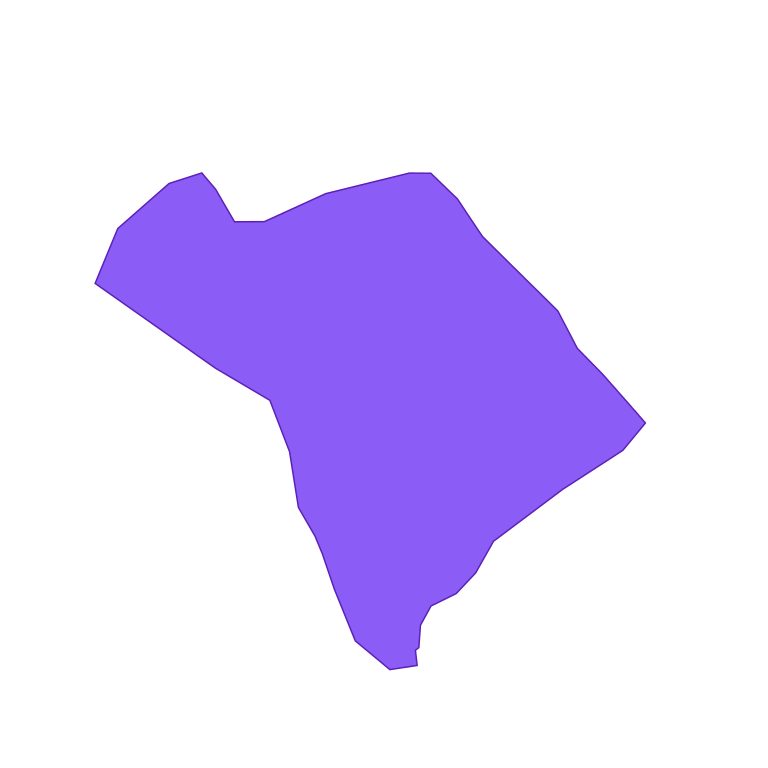 outline of Abyei, South Kordufan, Sudan, rotated 156°
{"feature_id": "16777658B55499418827559", "entity_name": "Abyei", "entity_type": "district", "adm_level": 2, "iso_a3": "SDN", "parent_name": "Sudan", "parent_adm1": "South Kordufan", "projection": "robinson", "projection_center": [27.441, 10.846], "detail": "fine", "context": "isolated", "style": "filled", "palette": "violet", "viewbox_px": 768, "rotation_deg": 156, "n_neighbors": 0, "source": "geoboundaries", "source_scale": "gbopen_adm2", "svg_char_len": 2379}
<svg xmlns="http://www.w3.org/2000/svg" viewBox="0 0 768 768"><g transform="rotate(156 384 384)"><path d="M164.1,252.2L164.8,254.4L164.9,254.7L165.6,257.0L166.1,258.5L167.1,261.7L167.1,261.8L169.1,268.3L169.8,270.6L170.3,271.9L170.5,272.8L170.6,273.2L170.9,274.1L171.0,274.3L171.2,275.0L171.7,276.6L171.8,277.0L172.2,278.1L172.8,280.0L173.6,282.6L173.9,283.7L174.5,285.6L175.4,288.5L175.8,289.6L176.2,290.9L176.4,291.6L176.5,291.8L176.9,293.2L177.0,293.6L177.7,295.6L177.8,296.2L178.2,297.3L178.7,299.0L179.5,301.5L179.8,302.4L179.9,302.7L180.1,303.3L180.2,303.7L180.3,303.9L180.7,305.1L180.8,305.5L181.2,306.4L182.0,308.6L182.1,308.9L182.3,309.4L182.8,310.6L182.9,310.9L183.1,311.6L183.5,312.6L184.1,314.2L184.6,315.5L185.5,317.9L186.6,321.1L186.8,321.4L188.1,325.0L188.8,327.0L189.0,327.3L190.3,330.9L190.8,332.3L191.3,333.6L192.9,337.9L192.9,338.1L193.3,344.2L193.5,347.7L193.7,351.9L193.8,353.3L194.0,356.1L194.5,363.9L194.6,365.4L194.9,370.3L195.3,376.8L195.5,380.0L195.9,381.0L202.0,396.8L212.1,422.4L212.4,423.2L213.5,426.1L218.3,438.3L234.0,478.6L235.3,485.8L236.1,490.6L236.6,493.5L237.0,495.8L237.5,498.6L239.0,507.3L239.2,508.7L239.3,509.3L240.7,517.6L241.4,521.8L241.6,522.7L241.7,523.5L242.1,524.4L242.7,525.8L242.9,526.4L243.3,527.3L243.6,528.0L243.9,528.7L244.0,529.0L244.2,529.4L244.3,529.8L244.5,530.3L244.8,531.0L245.3,532.2L245.4,532.5L245.6,532.9L245.7,533.2L245.8,533.5L246.1,534.2L246.2,534.4L246.4,535.0L246.8,535.8L247.0,536.4L247.1,536.8L247.4,537.4L247.7,538.2L248.1,539.1L248.2,539.5L248.3,539.8L248.6,540.5L249.1,541.6L250.0,543.9L250.7,545.7L250.9,546.1L251.4,547.2L251.5,547.5L252.1,549.0L252.2,549.3L253.2,551.9L253.6,552.6L253.9,553.6L254.1,553.9L254.5,554.9L254.8,555.7L255.1,556.5L255.3,556.9L255.5,557.5L275.1,566.4L359.8,581.6L427.3,581.0L454.6,593.0L458.6,630.3L464.6,650.9L498.8,654.6L564.0,634.3L607.0,593.4L531.6,467.1L494.9,415.5L497.8,360.6L512.4,306.0L509.9,282.4L508.9,273.1L509.4,253.7L512.8,216.7L514.7,161.0L494.8,120.7L468.2,113.4L465.7,121.3L463.6,128.0L459.4,129.0L456.2,135.0L448.8,148.8L431.3,162.1L403.2,163.2L377.0,174.2L347.9,195.8L263.6,215.1L200.6,225.0L192.7,226.3L161.1,242.0L161.1,242.4L161.4,243.2L161.4,243.3L161.5,243.7L161.7,244.1L162.2,245.8L162.3,246.2L162.9,248.2L163.1,248.7L163.4,249.8L163.5,250.0L163.9,251.2L164.0,251.7L164.1,251.9L164.1,252.2Z" fill="#8b5cf6" stroke="#5b21b6" stroke-width="1.5"/></g></svg>